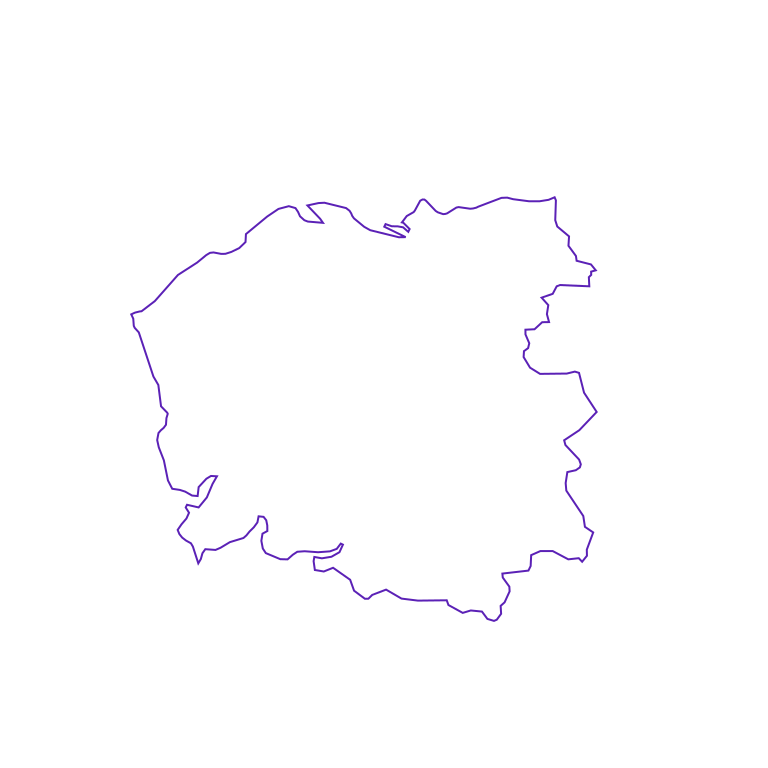 outline of Cumbria, rotated 26°
{"feature_id": "GBR-2139", "entity_name": "Cumbria", "entity_type": "Administrative County", "adm_level": 1, "iso_a3": "GBR", "parent_name": "United Kingdom", "parent_adm1": "", "projection": "equal_earth", "projection_center": [-2.905, 54.627], "detail": "fine", "context": "isolated", "style": "outline", "palette": "violet", "viewbox_px": 768, "rotation_deg": 26, "n_neighbors": 0, "source": "natural_earth", "source_scale": "10m", "svg_char_len": 2997}
<svg xmlns="http://www.w3.org/2000/svg" viewBox="0 0 768 768"><g transform="rotate(26 384 384)"><path d="M398.4,175.4L408.0,165.2L413.0,162.5L419.0,161.3L434.2,156.2L443.8,151.5L451.2,146.3L455.5,141.4L458.0,143.6L466.1,161.7L470.7,166.5L485.6,170.2L489.2,178.9L500.4,184.8L503.1,188.8L517.6,185.8L524.5,189.0L520.9,192.2L522.4,195.1L521.3,198.2L525.7,206.2L498.8,217.9L496.4,220.5L496.1,229.0L487.8,237.3L497.1,241.1L499.8,249.8L505.2,256.0L499.1,259.1L495.3,268.8L487.3,273.2L489.4,277.4L496.7,283.7L497.8,288.6L495.4,293.1L497.7,298.6L508.1,305.3L519.8,306.5L543.7,294.5L550.1,289.2L554.4,288.5L567.6,304.1L587.4,315.9L579.8,339.9L570.6,355.6L573.8,359.3L592.5,366.4L596.1,369.9L596.6,373.1L594.2,377.4L587.4,382.8L590.7,393.4L594.6,399.9L621.0,415.3L627.2,424.3L637.1,425.7L638.9,444.0L641.7,449.4L640.0,456.9L635.4,455.2L626.5,460.8L608.9,460.2L597.8,465.6L591.3,473.3L595.6,483.3L595.6,488.4L573.5,502.5L575.6,505.9L585.5,511.2L587.8,515.3L588.1,527.4L586.1,532.3L590.0,539.2L588.7,546.4L586.7,548.7L579.9,549.8L571.8,545.6L561.3,549.5L555.1,555.2L538.8,554.4L535.2,550.9L509.5,563.8L493.8,569.2L476.0,567.9L465.9,578.7L464.1,583.8L461.0,585.4L447.7,582.9L439.4,574.8L418.8,571.5L412.1,578.9L404.0,581.3L403.4,581.5L398.4,574.1L397.2,570.0L404.6,567.9L412.5,562.3L417.7,554.7L417.5,546.4L415.1,546.4L413.8,552.9L408.8,558.1L398.5,564.1L386.0,569.1L379.6,572.8L376.9,577.4L374.2,583.9L367.6,586.9L351.9,587.8L347.2,585.0L342.5,578.7L340.4,571.8L343.6,567.3L341.1,562.3L337.9,558.1L334.0,556.2L329.3,557.9L330.9,563.9L329.8,569.9L327.8,575.6L326.7,580.4L325.2,584.0L314.8,593.7L308.9,602.8L305.3,607.0L295.8,610.8L295.0,615.7L296.1,621.6L295.7,626.6L283.5,613.9L280.3,611.8L274.7,611.5L269.9,610.5L265.9,608.6L262.5,605.6L263.5,598.9L265.4,591.5L265.2,585.2L259.9,581.9L259.9,578.9L271.5,576.2L274.5,563.6L273.7,549.0L274.3,540.2L268.8,542.5L265.9,547.0L262.6,557.9L265.6,566.4L260.4,568.4L252.4,567.9L246.9,568.7L239.6,571.0L232.1,565.4L219.6,549.1L209.3,539.6L204.7,533.8L202.8,526.9L203.7,523.5L205.2,520.0L205.9,516.2L203.4,510.0L202.7,505.6L201.7,504.8L193.4,501.8L181.6,483.8L173.5,478.4L141.0,445.1L135.3,442.8L133.6,441.4L130.0,435.2L126.3,432.2L128.9,429.0L132.6,425.9L134.2,424.9L141.7,409.9L151.0,376.3L162.8,356.8L167.7,346.1L170.1,342.4L173.1,340.5L180.7,338.4L184.4,336.5L188.8,332.3L194.3,325.3L197.3,317.1L194.2,309.8L205.6,284.7L212.4,272.9L220.5,265.9L227.3,264.7L231.3,267.0L235.0,270.1L240.6,271.7L244.3,271.4L258.5,265.9L254.2,263.5L236.9,257.1L245.8,250.1L251.0,247.2L272.8,242.5L277.1,243.4L279.7,245.0L281.7,246.8L284.4,248.3L297.3,251.4L304.2,251.8L333.0,245.6L339.1,242.5L315.3,242.5L315.3,239.6L321.9,238.8L327.2,236.3L332.5,234.8L339.1,236.6L339.1,233.5L330.7,230.6L329.3,230.9L330.8,223.1L335.3,216.5L335.7,214.6L336.2,203.4L337.7,201.3L339.5,200.5L341.5,200.9L354.6,205.8L357.1,206.1L362.7,205.4L364.5,204.3L365.9,203.0L371.7,193.7L373.5,192.3L384.6,188.7L387.1,187.2L389.7,185.0L390.9,183.4L398.4,175.4Z" fill="none" stroke="#5b21b6" stroke-width="2"/></g></svg>